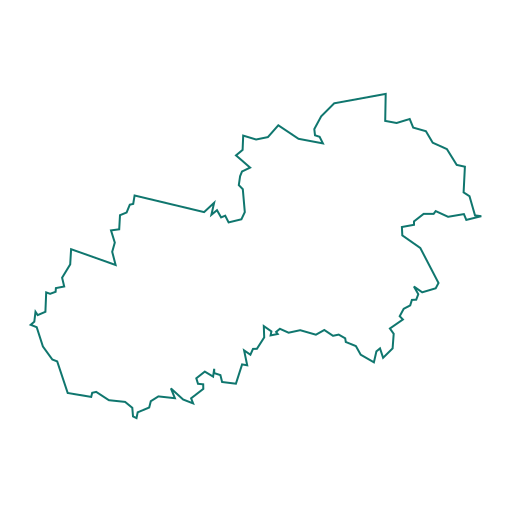 the district of Gómez Farías, Jalisco, Mexico
{"feature_id": "50627088B14900923212728", "entity_name": "Gómez Farías", "entity_type": "district", "adm_level": 2, "iso_a3": "MEX", "parent_name": "Mexico", "parent_adm1": "Jalisco", "projection": "albers", "projection_center": [-103.412, 19.86], "detail": "medium", "context": "isolated", "style": "outline", "palette": "teal", "viewbox_px": 512, "rotation_deg": 0, "n_neighbors": 0, "source": "geoboundaries", "source_scale": "gbopen_adm2", "svg_char_len": 1905}
<svg xmlns="http://www.w3.org/2000/svg" viewBox="0 0 512 512"><path d="M134.6,195.5L133.2,203.9L129.8,204.7L126.6,212.5L120.0,215.2L119.2,229.3L111.0,230.4L114.8,242.6L112.2,251.8L115.6,265.0L71.1,249.2L70.2,264.4L62.1,277.7L64.2,286.5L55.9,288.1L55.6,291.8L50.1,293.8L46.2,292.4L45.4,311.8L37.7,315.1L35.5,311.8L34.3,321.7L30.7,324.8L36.7,327.2L42.9,346.5L52.3,359.5L57.2,361.4L67.7,393.0L91.2,396.9L92.2,392.8L96.2,391.9L108.9,400.2L125.1,401.9L132.3,407.8L133.0,416.4L136.5,418.1L137.7,412.3L149.2,407.5L150.8,401.2L158.4,396.4L174.9,398.2L170.9,388.4L183.1,399.5L193.1,403.4L191.1,398.3L203.3,388.9L203.2,384.3L198.0,383.8L196.3,378.3L204.8,371.6L213.1,376.6L214.2,368.8L214.2,373.1L220.4,375.1L222.1,382.0L235.9,383.7L242.1,364.4L247.2,365.3L244.1,350.4L250.4,354.7L253.0,348.9L256.9,348.8L264.2,337.4L263.8,326.1L271.4,331.4L270.6,335.4L277.7,334.0L276.1,331.9L279.9,328.8L288.6,332.7L300.2,330.2L315.9,334.7L324.3,330.0L333.0,335.8L338.7,334.6L345.2,338.3L345.8,342.0L355.9,346.1L360.7,354.7L373.9,362.3L376.4,351.4L380.0,348.4L383.1,357.8L392.6,348.4L393.7,333.8L389.9,328.5L402.9,319.5L399.7,316.2L403.7,308.8L410.2,305.4L411.9,299.9L416.2,299.7L418.3,294.2L413.9,286.5L422.2,292.3L435.7,288.3L438.5,283.0L420.3,248.0L402.3,235.4L401.9,227.0L414.0,224.8L414.0,221.4L423.6,213.9L433.6,213.9L435.7,211.1L448.1,216.8L463.9,214.1L466.3,219.9L481.3,216.2L475.0,215.4L469.5,196.2L463.6,192.4L464.9,166.7L456.7,164.9L446.9,149.1L432.7,142.7L425.9,131.2L413.2,127.6L409.7,119.0L396.6,123.0L385.2,120.9L385.7,93.9L334.2,103.3L321.2,116.3L314.3,129.1L315.0,135.3L319.6,136.8L322.9,143.4L298.5,138.8L278.3,125.3L267.9,137.1L256.1,139.5L243.2,135.6L242.6,149.9L236.0,155.4L250.1,167.6L242.0,171.5L240.1,176.2L238.8,185.1L242.8,189.2L244.8,212.1L241.4,219.3L228.6,222.4L225.2,215.7L221.1,217.4L217.0,210.2L211.4,214.8L214.1,202.8L204.1,212.1L134.6,195.5Z" fill="none" stroke="#0f766e" stroke-width="2"/></svg>